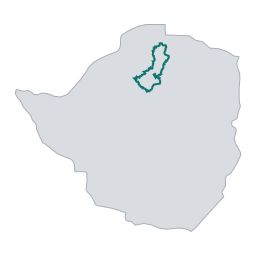 Makonde, Mashonaland West, Zimbabwe shown in context
{"feature_id": "62879985B9452203972303", "entity_name": "Makonde", "entity_type": "district", "adm_level": 2, "iso_a3": "ZWE", "parent_name": "Zimbabwe", "parent_adm1": "Mashonaland West", "projection": "mercator", "projection_center": [29.982, -17.062], "detail": "medium", "context": "in_parent", "style": "outline", "palette": "teal", "viewbox_px": 256, "rotation_deg": 0, "n_neighbors": 0, "source": "geoboundaries", "source_scale": "gbopen_adm2", "svg_char_len": 3745}
<svg xmlns="http://www.w3.org/2000/svg" viewBox="0 0 256 256"><path d="M190.9,231.5L188.3,229.8L184.7,228.6L180.1,228.1L174.2,228.3L166.9,229.3L159.1,228.1L150.8,224.7L143.9,223.5L135.6,225.0L135.2,225.0L133.8,223.9L131.5,221.5L127.8,221.0L126.7,220.5L125.9,219.6L125.3,218.4L125.1,217.1L125.7,213.1L125.4,212.6L124.4,212.2L122.3,211.7L117.4,209.9L111.1,208.1L101.0,206.2L97.0,205.7L96.1,205.1L95.0,203.6L93.0,199.0L91.2,196.0L86.8,191.3L86.1,189.9L86.4,186.2L86.7,183.2L87.2,180.6L86.9,178.3L86.9,175.3L87.0,173.3L86.4,172.5L84.8,171.9L80.3,171.6L74.9,171.7L74.7,168.7L74.2,164.1L73.2,161.5L71.9,160.1L69.4,158.6L64.4,156.7L57.5,153.7L51.6,149.2L44.8,143.7L42.7,142.8L40.2,137.6L36.4,128.8L36.6,125.8L36.1,124.4L32.4,120.0L31.6,117.8L30.9,115.5L25.0,109.2L23.0,106.4L21.5,102.9L20.0,100.1L18.7,98.9L17.1,97.0L15.9,94.8L15.4,93.2L15.8,91.0L16.4,89.5L22.0,91.0L25.0,91.2L27.4,90.4L30.3,91.4L33.9,94.3L37.7,94.8L41.9,93.0L47.5,93.6L54.5,96.4L60.4,97.0L67.4,94.5L73.6,87.5L79.4,80.9L85.2,73.3L88.7,67.2L93.8,62.2L100.5,58.4L107.3,55.2L117.7,51.2L119.8,48.0L120.5,44.4L120.5,39.5L121.1,36.3L122.1,34.8L123.9,33.7L126.1,32.2L133.0,28.5L138.8,26.1L145.8,24.5L153.5,24.5L160.9,24.5L165.1,24.5L165.1,29.2L165.5,34.5L166.3,35.0L171.8,35.2L180.8,35.5L189.4,35.9L194.9,39.8L196.7,40.6L202.5,41.6L209.8,48.1L218.5,48.7L224.6,50.7L229.9,53.0L233.0,55.6L235.0,56.2L237.6,56.4L238.9,56.7L238.6,58.6L236.9,61.9L237.1,66.5L239.6,73.0L239.9,78.6L239.1,88.6L239.2,98.3L239.4,101.7L239.8,104.0L240.3,105.3L240.2,106.7L238.8,110.7L237.6,115.0L237.6,116.7L237.1,118.0L236.2,119.0L232.4,121.0L231.7,122.2L231.8,124.4L232.2,126.3L233.7,127.0L235.4,128.1L236.1,129.5L236.1,130.9L235.6,133.7L234.0,138.2L235.5,143.4L237.3,146.7L239.7,150.7L240.6,153.1L240.6,154.8L240.2,156.5L236.7,163.7L234.1,168.1L231.0,172.9L226.8,175.9L225.8,177.3L225.3,179.0L225.5,182.6L225.3,186.3L221.7,192.1L223.9,197.1L223.4,197.5L222.2,198.3L217.1,203.9L212.0,209.6L208.2,213.7L203.9,218.5L199.1,223.8L195.0,228.3L190.9,231.5Z" fill="#d9dde1" stroke="#a8b0b8" stroke-width="1"/><path d="M160.4,74.8L160.7,74.0L161.3,73.8L161.0,73.2L161.2,72.9L161.0,72.1L161.5,71.0L161.5,70.2L162.1,69.9L162.2,69.2L163.2,68.3L163.5,64.5L164.5,64.3L164.1,63.2L165.3,61.7L165.9,61.8L166.0,60.6L167.0,60.7L168.9,57.2L168.4,56.2L168.5,55.8L165.3,54.7L164.4,53.1L164.8,51.2L165.4,50.7L165.6,48.8L165.4,48.4L166.3,47.1L165.8,45.4L162.9,45.3L162.3,44.6L162.1,43.5L160.4,43.2L159.6,43.5L159.8,44.5L159.3,45.7L157.8,46.3L156.2,46.4L156.0,47.4L155.0,46.8L154.9,47.1L154.5,47.1L154.4,47.8L153.9,48.0L154.3,48.7L153.8,48.8L153.7,50.1L152.8,50.8L153.3,51.1L153.1,51.6L153.4,51.8L153.0,52.1L153.0,54.1L152.7,54.8L153.5,56.4L153.8,56.3L153.9,57.6L154.6,58.5L154.3,59.9L154.6,60.2L153.5,61.5L153.1,61.5L153.4,61.9L152.9,63.6L153.3,63.9L152.3,66.4L152.5,67.6L152.2,67.6L152.0,68.6L150.7,68.5L150.2,67.5L148.9,68.4L149.4,69.3L147.8,70.8L146.9,70.4L145.5,71.4L143.8,71.8L144.6,72.6L144.7,73.4L145.2,73.7L144.9,74.0L143.0,74.4L141.9,75.4L141.6,75.1L141.0,76.1L140.4,76.4L140.1,76.2L139.1,76.9L139.2,77.2L138.6,77.1L138.7,77.4L136.9,76.6L136.8,77.3L136.1,77.3L135.8,78.4L135.0,78.1L134.8,78.5L134.3,78.5L135.3,79.5L136.4,79.5L135.9,80.7L136.3,81.4L137.3,81.9L137.8,81.8L137.7,82.3L138.5,82.6L138.9,83.2L138.7,84.2L139.8,85.1L139.7,85.6L140.4,85.8L140.8,86.8L141.5,86.9L142.2,88.0L142.8,87.2L143.4,87.5L144.1,88.7L145.4,88.8L146.4,90.8L146.9,90.1L147.5,90.2L147.5,91.4L148.7,90.9L149.0,91.3L149.6,91.1L150.3,90.2L151.6,89.3L152.1,88.6L152.3,87.0L153.9,84.6L159.8,83.6L160.2,82.6L160.2,81.1L159.3,79.1L159.6,78.1L157.9,78.0L157.3,76.8L156.0,77.2L155.6,77.8L153.7,74.6L155.0,74.0L155.6,76.2L156.3,76.6L156.5,76.2L157.4,75.9L157.9,76.4L158.3,76.1L157.9,75.8L159.2,74.6L160.4,74.8Z" fill="none" stroke="#0f766e" stroke-width="2"/></svg>